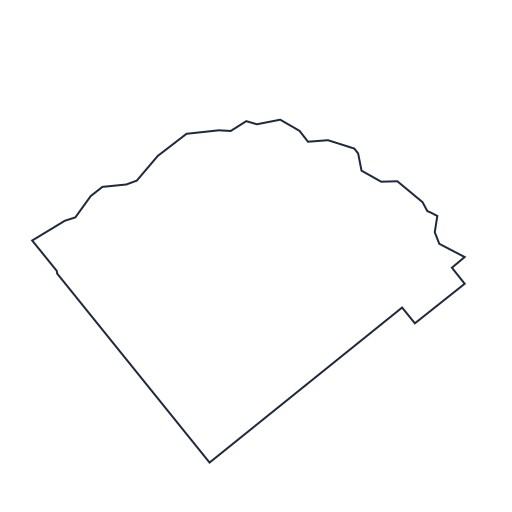 the district of Saunders, Nebraska, United States of America, rotated 321°
{"feature_id": "52423323B480079355264", "entity_name": "Saunders", "entity_type": "district", "adm_level": 2, "iso_a3": "USA", "parent_name": "United States of America", "parent_adm1": "Nebraska", "projection": "natural_earth1", "projection_center": [-96.529, 41.234], "detail": "fine", "context": "isolated", "style": "outline", "palette": "slate", "viewbox_px": 512, "rotation_deg": 321, "n_neighbors": 0, "source": "geoboundaries", "source_scale": "gbopen_adm2", "svg_char_len": 617}
<svg xmlns="http://www.w3.org/2000/svg" viewBox="0 0 512 512"><g transform="rotate(321 256 256)"><path d="M89.9,387.3L260.8,387.8L337.1,388.0L337.1,408.3L400.7,408.9L400.9,388.4L417.5,388.1L406.1,361.9L409.9,350.0L422.1,339.0L419.1,332.1L417.4,328.9L419.3,319.0L412.9,286.9L400.0,277.0L391.7,256.1L399.9,240.6L400.0,234.4L384.8,211.3L368.3,199.9L368.6,186.2L360.6,165.3L339.6,154.2L333.3,145.1L315.0,142.9L306.2,134.9L278.9,117.3L242.6,116.4L210.8,122.4L200.2,118.8L180.1,105.6L165.3,105.4L139.9,112.3L129.6,108.3L91.8,103.1L91.8,142.2L90.4,144.5L89.9,387.3Z" fill="none" stroke="#1e293b" stroke-width="2"/></g></svg>